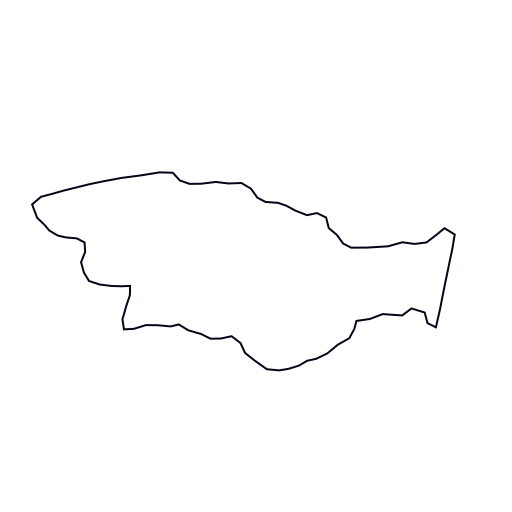 the district of Eusébio, Ceará, Brazil, rotated 71°
{"feature_id": "56859067B48016322735430", "entity_name": "Eusébio", "entity_type": "district", "adm_level": 2, "iso_a3": "BRA", "parent_name": "Brazil", "parent_adm1": "Ceará", "projection": "robinson", "projection_center": [-38.455, -3.87], "detail": "fine", "context": "isolated", "style": "outline", "palette": "ink", "viewbox_px": 512, "rotation_deg": 71, "n_neighbors": 0, "source": "geoboundaries", "source_scale": "gbopen_adm2", "svg_char_len": 1284}
<svg xmlns="http://www.w3.org/2000/svg" viewBox="0 0 512 512"><g transform="rotate(71 256 256)"><path d="M382.0,109.1L366.5,99.5L345.3,87.2L332.1,79.3L323.4,74.2L313.8,68.4L300.4,61.1L291.1,68.7L294.6,78.2L298.7,90.4L296.2,102.2L290.7,113.1L289.8,128.1L284.2,148.3L279.1,163.3L272.7,169.5L262.3,172.7L253.3,178.1L242.4,177.2L235.2,184.5L234.0,194.5L226.1,203.8L218.1,211.2L212.9,217.9L208.0,229.4L201.3,235.7L190.6,238.9L182.2,246.1L178.5,258.3L172.9,269.9L169.8,284.4L166.2,295.3L159.8,303.4L150.2,307.6L145.5,320.1L142.3,338.6L138.4,357.7L135.9,374.4L133.9,389.9L131.5,416.9L130.8,429.6L130.0,439.9L134.3,450.9L148.6,450.5L157.8,445.8L164.7,443.1L172.1,436.8L176.6,429.6L181.0,419.7L187.4,413.7L196.5,416.2L204.9,423.4L215.7,424.1L225.3,422.0L232.1,413.0L237.3,402.4L240.8,393.1L243.3,384.8L252.0,388.0L260.7,394.7L272.4,402.9L282.4,404.7L285.1,395.2L285.5,382.7L289.2,372.1L294.8,359.6L295.6,351.3L304.3,344.1L311.9,333.3L319.4,325.9L322.6,316.1L323.9,305.2L333.3,299.0L344.1,297.9L354.6,291.2L366.6,282.6L371.7,271.3L373.3,261.8L373.6,251.1L371.7,241.6L372.8,232.6L371.3,220.2L366.5,207.5L364.1,194.5L357.0,186.8L350.1,182.2L352.6,168.8L352.2,155.0L356.0,146.1L359.8,137.1L356.2,126.1L364.4,114.9L375.3,115.7L382.0,109.1Z" fill="none" stroke="#020617" stroke-width="2"/></g></svg>